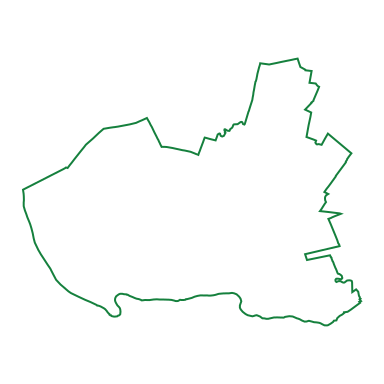 Pecica, Arad, Romania
{"feature_id": "2599482B59878400155877", "entity_name": "Pecica", "entity_type": "district", "adm_level": 2, "iso_a3": "ROU", "parent_name": "Romania", "parent_adm1": "Arad", "projection": "robinson", "projection_center": [21.086, 46.219], "detail": "fine", "context": "isolated", "style": "outline", "palette": "green", "viewbox_px": 384, "rotation_deg": 0, "n_neighbors": 0, "source": "geoboundaries", "source_scale": "gbopen_adm2", "svg_char_len": 6004}
<svg xmlns="http://www.w3.org/2000/svg" viewBox="0 0 384 384"><path d="M229.1,293.3L232.0,292.9L234.1,293.3L236.6,294.3L239.1,296.6L240.5,298.6L241.3,301.3L239.9,305.4L239.9,307.7L240.7,309.4L242.7,311.8L245.5,314.0L247.7,315.2L252.4,316.3L253.7,316.0L255.1,315.5L256.7,315.2L258.0,315.7L260.0,316.5L262.4,318.3L264.6,318.4L266.2,318.8L268.2,318.8L269.0,318.6L273.8,317.5L277.4,317.4L279.9,317.5L283.8,317.6L285.0,316.9L289.3,316.2L292.7,316.5L294.1,317.1L297.1,318.4L298.0,318.6L299.1,319.0L300.0,319.4L302.1,320.6L304.6,321.6L306.5,321.5L308.9,320.8L312.0,321.6L314.0,322.2L316.6,322.4L319.2,322.8L320.6,323.3L321.8,324.0L324.4,325.3L326.3,325.4L327.8,325.3L330.6,323.7L333.0,322.0L333.9,320.7L336.4,320.4L337.3,318.1L339.7,315.9L342.3,314.5L344.4,312.8L343.1,312.4L347.6,311.8L350.9,309.6L360.1,302.8L359.3,301.8L361.0,301.1L359.6,299.4L360.5,298.7L359.8,298.0L359.7,296.9L359.0,295.9L358.2,291.7L356.1,289.4L352.3,292.1L352.1,282.5L351.8,281.1L351.6,280.9L351.0,280.6L350.2,280.4L349.1,280.3L348.4,280.4L347.1,280.5L346.7,280.8L344.9,282.2L344.4,282.5L344.0,282.6L343.6,282.6L343.0,282.5L341.5,281.8L341.2,281.4L340.9,281.3L339.3,281.1L338.6,281.1L337.6,281.5L336.7,281.9L336.4,282.0L335.7,281.3L335.5,280.8L335.5,279.7L336.2,278.8L336.7,278.7L337.4,278.7L338.8,278.8L340.2,279.2L341.4,279.0L341.6,278.8L342.0,278.6L342.3,278.0L342.1,277.7L342.1,277.2L341.7,275.8L341.5,275.7L341.3,275.4L339.4,274.0L339.1,274.0L338.3,273.8L337.9,273.6L337.5,272.9L336.9,271.4L336.8,271.0L335.9,268.8L335.5,268.1L333.7,263.7L333.7,263.4L332.9,261.5L332.6,261.3L331.5,258.3L331.5,257.8L331.2,257.6L330.9,256.9L330.7,256.9L330.0,255.3L307.0,260.0L305.1,254.2L339.6,246.1L339.2,244.7L338.9,244.1L338.3,243.4L337.3,240.3L335.7,236.3L330.6,223.9L328.4,218.9L330.9,218.0L332.2,217.3L334.8,216.2L340.9,213.8L339.7,213.4L328.3,212.0L323.8,211.5L320.0,211.1L321.3,209.3L324.5,204.2L326.0,202.1L325.2,200.4L325.0,198.6L325.1,197.1L326.0,195.4L328.2,194.0L324.4,192.0L326.6,188.8L328.3,186.7L330.9,183.2L335.8,176.4L335.8,175.9L345.9,162.3L345.8,161.6L346.9,160.0L347.1,159.6L347.2,158.9L348.4,157.4L348.4,157.2L351.4,153.3L348.6,151.0L344.7,147.7L331.8,136.9L327.9,133.6L325.0,138.6L323.2,141.9L321.6,144.8L318.7,144.1L317.0,144.4L316.5,144.2L315.4,142.7L316.1,140.6L313.7,139.6L306.5,137.0L308.6,125.3L310.4,117.0L311.2,112.5L305.1,109.6L311.6,102.8L311.4,102.5L313.4,100.9L313.6,99.9L317.8,90.1L319.1,86.8L318.0,86.2L317.2,85.5L315.7,83.5L309.5,82.8L311.6,71.0L305.4,70.3L305.3,69.7L301.9,67.8L300.4,67.0L299.2,63.5L299.0,62.9L297.6,58.6L294.1,59.3L291.9,59.8L289.5,60.3L286.9,60.8L284.5,61.3L281.5,61.9L276.5,63.0L271.5,64.0L270.1,64.3L269.1,64.5L267.0,64.2L264.7,63.9L262.5,63.6L260.2,63.3L260.1,63.9L259.7,65.5L259.1,67.3L257.4,73.9L257.2,75.1L256.6,78.2L256.4,79.3L256.1,80.3L256.0,80.9L255.8,81.2L255.5,81.6L254.7,85.7L254.0,89.9L253.5,92.3L253.2,94.9L252.7,97.4L252.3,100.0L252.1,100.6L249.7,108.1L249.0,110.5L248.8,111.1L248.5,111.6L244.8,124.0L244.4,124.5L244.2,124.4L243.6,124.3L243.3,124.2L243.1,124.1L242.9,123.8L242.5,122.6L242.1,122.1L241.2,121.9L240.6,122.1L239.9,122.5L238.6,123.5L238.0,123.9L237.5,124.2L237.2,124.2L235.2,124.3L234.2,124.3L233.9,124.4L233.4,124.8L232.5,127.1L231.8,128.0L230.4,129.0L230.2,129.2L229.6,130.7L229.4,130.9L229.1,130.9L227.2,130.6L226.8,130.3L225.2,129.3L224.6,129.3L224.4,129.8L224.4,130.3L224.5,130.6L225.1,131.5L224.9,132.1L224.8,132.4L224.9,132.6L225.0,132.8L225.4,133.0L224.0,135.6L223.9,135.8L223.0,136.2L222.3,136.5L221.8,136.4L221.2,136.0L220.8,135.9L220.6,135.6L220.3,134.8L220.1,133.9L220.0,133.7L219.7,133.5L219.1,133.6L217.7,134.5L216.8,137.2L216.0,139.3L215.6,140.4L209.6,138.9L205.7,137.8L204.7,137.6L203.8,140.0L203.0,142.3L202.3,144.1L201.3,146.8L200.5,148.9L199.8,150.9L199.0,152.8L198.3,154.9L196.0,154.0L194.6,153.4L190.6,151.8L184.6,150.5L182.5,150.2L178.5,149.3L176.1,148.8L172.5,148.0L168.5,147.3L166.7,147.0L165.2,146.9L163.7,146.9L162.5,146.8L161.6,146.9L160.6,144.9L160.2,144.1L159.8,143.1L159.0,141.6L158.4,140.1L157.5,138.6L156.6,136.7L154.3,132.2L151.9,127.1L150.5,124.7L149.4,122.4L148.1,120.2L146.9,118.0L141.9,120.3L139.7,121.2L136.0,122.9L135.5,123.0L129.7,124.4L127.6,124.8L118.0,126.6L114.0,127.2L113.7,127.2L110.1,127.7L106.0,128.4L103.6,128.8L99.0,132.8L97.0,134.7L93.0,138.5L89.1,141.9L85.9,144.7L84.0,147.2L80.1,152.0L74.4,159.2L71.8,162.6L69.7,165.2L67.6,168.0L66.0,167.5L65.7,167.8L63.2,169.2L57.5,172.1L50.8,175.5L23.0,189.7L23.3,191.7L23.6,193.6L23.8,196.3L23.9,200.0L23.8,201.5L23.7,202.1L23.7,205.7L23.8,206.6L24.4,208.6L24.9,210.4L26.3,214.1L27.4,217.4L29.2,221.7L30.2,224.3L31.4,228.2L32.7,233.2L33.7,238.4L34.8,242.6L38.4,250.1L39.3,251.6L40.9,254.4L41.9,255.9L47.7,264.8L50.3,268.6L51.4,270.8L53.3,274.5L56.1,279.8L60.5,284.5L68.5,291.4L71.0,293.1L78.0,296.5L85.3,299.9L90.4,302.0L96.7,305.0L97.2,305.6L98.1,305.6L99.5,306.0L100.6,306.5L101.3,306.8L102.6,307.6L103.5,308.0L105.3,309.3L106.2,310.4L106.7,310.9L107.4,312.0L108.0,312.7L108.6,313.4L109.4,314.0L109.4,314.6L110.2,315.2L111.0,315.3L111.1,315.6L111.5,316.0L112.1,316.2L113.0,316.4L114.0,316.6L114.9,316.6L115.8,316.5L117.3,316.3L118.1,315.6L118.6,315.5L119.4,315.2L119.8,314.7L120.3,314.0L120.3,313.2L120.4,312.5L120.5,311.9L120.3,309.8L120.1,308.9L119.8,308.1L119.0,307.0L117.4,305.4L116.1,303.2L115.3,301.5L115.0,300.1L115.1,298.9L115.3,298.0L116.1,296.4L117.2,295.5L118.7,294.4L120.1,293.8L121.1,293.8L122.3,293.8L123.9,294.2L126.7,294.4L127.0,294.8L127.8,294.8L129.6,295.9L132.5,297.0L134.7,298.0L136.6,298.7L138.8,299.1L141.0,299.9L141.4,300.3L142.8,300.3L143.5,300.2L145.0,300.0L149.2,300.1L153.6,299.5L156.8,299.3L159.3,299.5L162.0,299.5L168.7,299.7L171.4,299.9L174.7,300.7L175.3,301.0L176.8,301.1L177.9,301.0L178.9,300.5L180.0,299.8L181.3,300.0L183.7,300.0L185.5,299.7L186.1,299.1L186.8,299.2L191.8,297.9L194.6,296.7L197.5,295.9L200.4,295.4L201.9,295.4L204.6,295.5L205.1,295.4L205.7,295.5L206.9,295.4L208.8,295.6L210.4,295.6L213.2,295.3L214.8,295.0L216.3,294.6L217.8,294.1L219.0,293.8L223.6,293.4L229.1,293.3Z" fill="none" stroke="#15803d" stroke-width="2"/></svg>